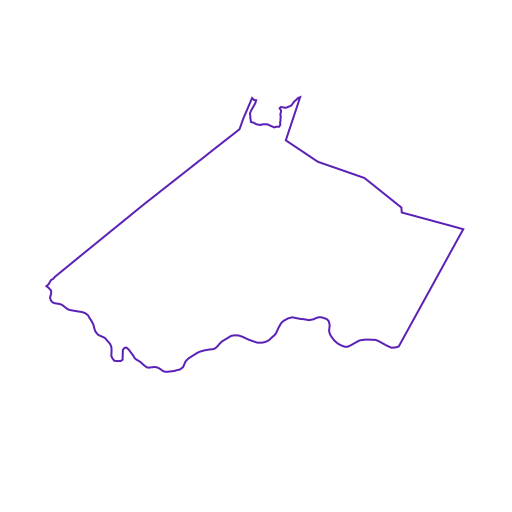 outline of São Francisco do Maranhão, Maranhão, Brazil, rotated 119°
{"feature_id": "56859067B13604855436090", "entity_name": "São Francisco do Maranhão", "entity_type": "district", "adm_level": 2, "iso_a3": "BRA", "parent_name": "Brazil", "parent_adm1": "Maranhão", "projection": "mercator", "projection_center": [-43.076, -6.208], "detail": "fine", "context": "isolated", "style": "outline", "palette": "violet", "viewbox_px": 512, "rotation_deg": 119, "n_neighbors": 0, "source": "geoboundaries", "source_scale": "gbopen_adm2", "svg_char_len": 2590}
<svg xmlns="http://www.w3.org/2000/svg" viewBox="0 0 512 512"><g transform="rotate(119 256 256)"><path d="M384.0,424.7L384.4,421.8L385.7,418.3L388.3,416.9L392.3,416.0L394.3,413.9L395.2,411.4L394.9,409.2L393.2,404.5L392.8,402.2L393.3,398.3L393.8,396.0L393.7,393.2L391.6,387.1L390.4,383.8L389.4,381.1L388.8,377.8L389.2,374.4L391.1,371.2L392.3,368.8L394.8,365.0L399.2,360.8L400.4,358.8L401.5,355.7L400.9,348.6L403.4,341.5L405.0,339.1L406.4,337.9L408.9,336.4L413.7,334.0L415.1,332.0L416.3,329.2L415.4,326.8L413.4,323.4L411.4,322.4L402.7,326.9L400.2,326.5L398.9,325.0L399.6,321.8L402.9,314.6L404.1,312.8L404.6,310.6L404.6,307.5L404.9,304.8L405.8,301.5L406.3,297.6L405.8,295.9L402.3,291.0L401.5,289.0L401.2,286.0L401.7,281.4L401.3,279.4L400.4,277.6L397.8,274.0L396.1,271.6L394.6,270.3L393.4,268.9L392.0,267.4L388.5,265.9L382.7,266.5L380.6,266.1L378.1,265.3L369.5,260.6L367.1,258.9L363.4,255.2L361.8,253.2L359.8,250.6L357.9,247.8L354.8,246.2L350.4,245.3L347.3,244.4L337.9,239.0L335.9,236.5L334.0,232.9L333.2,228.7L332.7,221.4L331.8,216.3L331.2,213.0L330.3,211.2L328.6,208.3L327.3,206.9L325.7,205.4L323.1,203.7L319.9,202.8L316.8,201.6L313.8,201.0L308.2,201.5L303.3,201.5L301.0,201.1L298.8,200.1L294.9,197.6L292.0,194.5L289.5,186.6L288.2,183.8L286.4,178.5L283.3,174.8L281.7,173.8L279.2,171.5L277.9,169.1L277.0,164.7L277.0,163.0L277.7,160.9L280.1,158.5L281.9,157.5L285.9,155.9L288.5,153.5L290.0,150.9L291.9,146.8L292.9,142.4L292.9,138.6L292.6,135.8L292.2,134.0L290.9,131.8L288.3,129.9L282.7,126.5L280.2,124.9L278.7,123.4L275.9,119.5L274.1,116.1L271.4,110.7L271.0,107.7L271.0,98.6L270.6,93.2L268.4,89.7L266.0,87.3L202.0,87.5L148.5,87.7L135.6,87.7L132.1,87.7L134.1,96.1L147.3,149.6L143.1,152.4L142.4,156.7L141.4,162.5L135.2,199.0L136.4,205.9L143.6,247.5L142.7,258.8L142.4,261.8L140.4,286.0L100.4,293.5L95.7,294.4L97.4,295.8L99.9,296.5L102.1,297.4L104.2,297.7L106.3,297.9L107.9,298.4L109.5,299.8L112.0,301.8L112.7,303.9L113.6,306.4L115.3,307.0L116.7,304.5L118.6,303.8L120.7,303.2L122.0,301.9L123.6,301.4L125.3,300.4L127.7,299.6L129.5,298.3L131.8,298.5L132.7,300.4L134.7,302.4L134.9,304.8L135.1,306.8L135.3,309.8L136.6,312.4L137.9,314.4L139.3,315.7L139.9,317.5L140.6,319.4L140.6,321.0L140.6,322.9L141.3,325.3L138.2,327.7L136.4,328.8L134.3,330.4L132.5,330.6L130.9,330.8L125.0,330.7L122.7,330.7L119.7,331.4L120.5,333.4L119.7,336.0L130.3,334.9L141.5,333.8L150.4,332.3L153.2,331.9L184.3,345.1L197.6,350.6L201.7,352.4L204.6,353.6L245.2,370.7L247.2,371.5L264.2,378.7L292.6,390.1L341.1,409.6L371.5,421.7L374.4,422.4L376.4,423.6L381.2,423.7L384.0,424.7Z" fill="none" stroke="#5b21b6" stroke-width="2"/></g></svg>